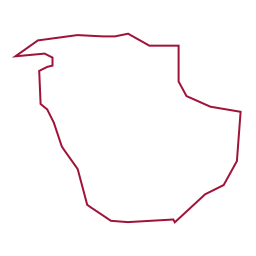 Gwanak-gu, Seoul, South Korea
{"feature_id": "91817680B99536699865294", "entity_name": "Gwanak-gu", "entity_type": "district", "adm_level": 2, "iso_a3": "KOR", "parent_name": "South Korea", "parent_adm1": "Seoul", "projection": "mercator", "projection_center": [126.943, 37.456], "detail": "fine", "context": "isolated", "style": "outline", "palette": "rose", "viewbox_px": 256, "rotation_deg": 0, "n_neighbors": 0, "source": "geoboundaries", "source_scale": "gbopen_adm2", "svg_char_len": 547}
<svg xmlns="http://www.w3.org/2000/svg" viewBox="0 0 256 256"><path d="M236.9,161.1L240.6,111.8L210.4,106.7L186.5,96.1L178.6,81.5L178.6,45.7L177.2,45.7L149.4,45.7L128.1,33.7L127.2,33.9L114.9,36.4L113.5,36.4L102.9,36.4L77.7,35.1L77.3,35.1L37.9,40.4L15.4,56.3L44.6,53.6L52.5,57.6L52.5,65.6L47.2,66.9L39.2,70.9L40.6,104.0L47.2,109.4L53.8,122.6L61.8,146.5L64.5,150.5L77.7,169.1L87.2,204.8L91.0,207.5L110.9,220.8L127.6,222.1L128.1,222.1L173.3,219.5L174.8,222.3L205.1,194.3L223.7,185.0L236.9,161.1Z" fill="none" stroke="#9f1239" stroke-width="2"/></svg>